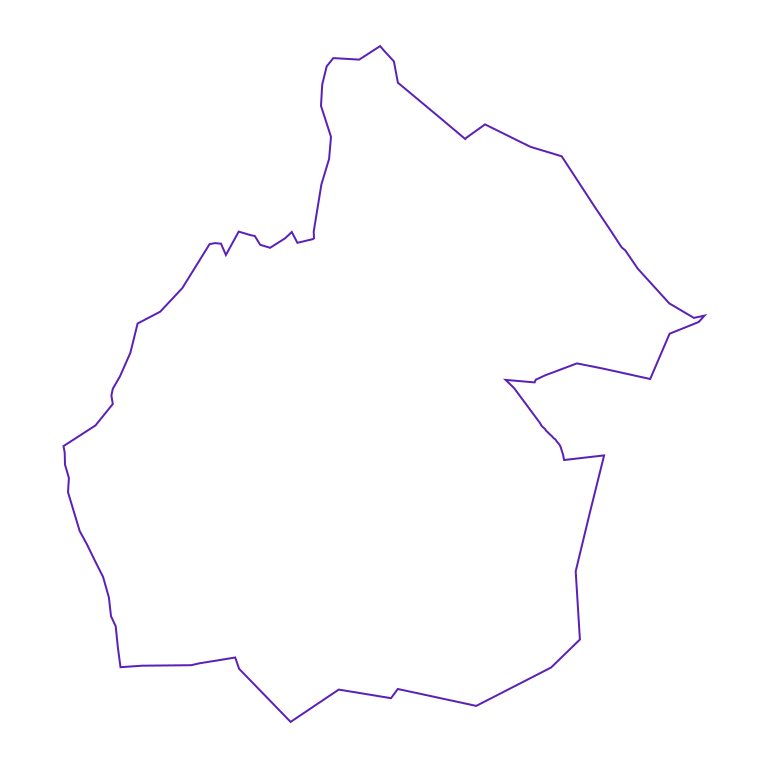 Santiago Zacatepec, Oaxaca, Mexico (Equal Earth projection)
{"feature_id": "50627088B38006544151025", "entity_name": "Santiago Zacatepec", "entity_type": "district", "adm_level": 2, "iso_a3": "MEX", "parent_name": "Mexico", "parent_adm1": "Oaxaca", "projection": "equal_earth", "projection_center": [-95.883, 17.203], "detail": "fine", "context": "isolated", "style": "outline", "palette": "violet", "viewbox_px": 768, "rotation_deg": 0, "n_neighbors": 0, "source": "geoboundaries", "source_scale": "gbopen_adm2", "svg_char_len": 1476}
<svg xmlns="http://www.w3.org/2000/svg" viewBox="0 0 768 768"><path d="M63.5,446.1L64.7,452.6L65.0,464.6L68.9,478.0L68.0,492.2L79.7,531.1L86.6,543.7L94.9,560.7L103.1,577.0L108.9,597.5L111.0,616.2L115.7,626.3L117.9,647.7L120.5,667.2L142.0,665.7L191.2,665.2L199.5,663.3L235.2,657.5L239.1,668.8L290.6,721.9L338.7,689.6L391.0,698.2L397.8,689.0L476.2,705.9L551.1,667.5L579.9,639.5L575.7,571.3L590.2,511.2L591.2,507.3L604.1,455.4L564.1,460.0L563.9,458.7L563.6,457.5L563.2,455.3L562.7,453.5L561.8,450.9L561.0,448.0L559.9,445.3L558.6,443.6L556.7,441.4L555.5,439.5L553.6,438.1L552.2,436.5L549.4,433.9L547.7,432.2L546.1,430.7L544.9,428.9L543.5,427.7L541.5,425.8L540.1,423.2L514.1,388.1L505.6,379.9L534.6,382.4L535.8,379.7L545.2,375.3L576.9,363.4L603.0,368.6L650.2,379.0L669.6,333.7L698.7,322.0L704.5,315.6L693.9,317.9L669.3,303.4L637.7,268.6L625.3,250.4L621.6,247.3L609.5,228.8L595.8,208.5L561.7,156.3L530.6,146.9L520.8,142.1L485.0,124.4L466.4,137.7L465.2,139.0L438.1,116.2L397.9,82.7L393.9,61.4L383.5,50.1L380.1,46.1L359.2,59.6L333.3,58.1L326.7,66.3L322.2,84.6L321.0,105.9L331.0,136.8L329.1,158.9L321.4,184.4L313.7,231.6L314.0,238.3L312.9,239.1L297.4,242.8L291.8,232.0L285.1,238.3L270.1,247.8L260.2,244.8L254.8,236.0L250.8,235.2L238.7,231.6L225.9,255.0L221.0,243.7L214.9,243.1L209.5,244.2L207.3,247.8L182.3,288.1L160.2,311.7L137.6,323.5L130.4,352.7L120.0,376.3L112.8,388.8L111.4,395.5L112.8,404.0L95.9,424.9L95.7,425.3L63.5,446.1Z" fill="none" stroke="#5b21b6" stroke-width="2"/></svg>